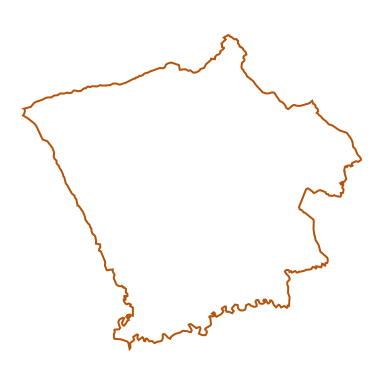 Purbalingga, Jawa Tengah, Indonesia (Albers equal-area conic projection)
{"feature_id": "22746128B86887436396051", "entity_name": "Purbalingga", "entity_type": "district", "adm_level": 2, "iso_a3": "IDN", "parent_name": "Indonesia", "parent_adm1": "Jawa Tengah", "projection": "albers", "projection_center": [109.403, -7.327], "detail": "fine", "context": "isolated", "style": "outline", "palette": "amber", "viewbox_px": 384, "rotation_deg": 0, "n_neighbors": 0, "source": "geoboundaries", "source_scale": "gbopen_adm2", "svg_char_len": 5924}
<svg xmlns="http://www.w3.org/2000/svg" viewBox="0 0 384 384"><path d="M318.0,113.7L316.7,113.0L318.1,111.2L317.7,108.9L315.7,107.4L315.5,105.7L314.2,104.1L313.4,104.0L312.1,100.8L310.1,102.7L308.6,103.5L300.2,105.9L297.4,105.9L294.3,105.0L293.1,105.2L288.1,109.2L285.9,107.5L285.6,106.1L284.1,103.9L282.2,102.1L279.9,101.1L274.2,92.7L272.2,92.3L268.7,93.4L266.4,93.5L262.8,92.4L256.2,85.4L253.2,81.1L247.0,76.3L246.1,74.0L243.9,71.5L243.3,69.9L241.9,68.7L241.4,67.0L242.0,62.9L244.1,61.0L244.5,59.9L244.3,58.8L243.3,57.9L243.3,57.2L243.9,56.1L246.4,54.6L245.8,52.3L243.1,49.5L243.0,48.6L241.2,47.1L240.8,47.3L239.6,46.5L239.6,45.3L238.0,43.5L238.1,40.6L237.3,40.3L236.4,39.1L234.3,39.3L231.3,36.8L230.3,36.8L229.0,35.3L228.2,35.1L223.8,37.6L225.7,39.4L221.4,43.7L222.0,44.6L222.0,47.0L222.7,47.6L223.8,47.5L224.0,48.2L223.1,49.3L220.2,51.3L220.5,52.5L219.8,53.6L218.6,54.6L217.2,54.7L215.2,56.7L214.9,59.2L211.1,58.7L211.1,59.8L205.9,64.4L204.2,67.8L200.4,69.1L199.8,70.3L196.5,72.3L193.3,72.7L190.4,70.3L188.3,70.8L185.3,69.2L179.8,69.8L178.9,65.1L171.8,62.7L170.6,62.7L168.0,63.4L166.1,64.5L164.8,67.2L163.1,68.3L159.8,68.0L150.0,71.5L147.7,72.8L146.2,72.8L144.1,73.8L143.1,75.0L140.7,75.9L139.5,75.7L137.8,77.3L135.8,77.6L135.2,78.5L133.7,78.7L126.1,82.6L120.3,84.5L118.9,84.5L116.8,83.6L113.3,83.5L110.1,85.1L106.1,85.5L101.5,85.5L100.6,85.1L97.0,86.5L92.8,86.2L89.6,87.1L88.2,86.5L87.1,86.9L86.0,88.3L85.0,88.1L83.1,89.0L80.8,91.0L77.3,91.2L75.6,90.5L73.8,90.5L71.5,92.7L69.0,93.2L67.1,92.6L63.8,93.6L60.8,93.4L59.0,94.1L57.7,95.2L53.8,95.6L51.7,97.3L47.2,97.5L45.5,98.1L41.9,99.9L36.2,101.8L34.1,102.9L30.8,106.9L23.9,108.7L24.6,109.1L24.9,111.4L24.2,113.6L23.0,115.5L27.8,118.3L34.2,123.4L36.2,125.8L42.6,139.5L47.3,141.2L52.3,147.8L54.1,152.3L53.7,156.2L54.4,158.6L56.5,160.7L56.6,163.4L58.9,166.0L59.8,168.4L61.1,170.1L63.1,174.6L63.3,176.2L64.2,177.1L65.9,183.7L66.8,184.5L71.9,193.6L74.6,195.8L74.8,197.3L76.4,199.6L77.5,205.4L77.9,205.2L79.1,206.4L83.0,211.9L85.0,216.8L85.3,219.6L88.4,223.9L89.5,224.6L90.4,227.5L91.3,228.3L91.6,231.4L92.7,234.1L94.5,235.2L95.6,237.5L95.5,238.8L96.1,239.9L95.9,243.6L100.1,244.4L100.3,247.2L99.2,249.0L99.0,250.5L100.8,251.4L104.8,260.8L105.2,263.1L104.9,265.5L106.5,269.7L107.0,270.3L112.7,269.4L112.7,271.5L114.6,274.7L113.8,277.2L113.9,278.6L116.5,284.6L118.8,286.1L121.6,286.3L121.9,285.9L123.3,287.6L123.9,287.2L126.0,289.0L125.8,292.4L127.4,293.8L127.5,296.0L126.7,296.4L126.6,295.9L124.4,296.0L124.5,297.8L125.5,297.8L125.5,299.7L123.8,299.7L123.9,301.2L125.5,303.6L126.8,304.3L128.7,303.5L129.7,303.9L130.8,304.6L130.1,306.0L132.9,307.6L132.9,315.7L131.2,315.4L130.3,316.1L130.2,314.7L128.2,314.7L127.3,315.2L126.8,316.2L129.4,317.4L128.5,318.1L127.2,317.7L128.8,320.0L127.6,320.5L125.5,324.0L123.9,325.7L122.6,325.0L122.0,322.9L124.1,318.2L122.3,317.8L119.5,319.6L118.5,321.5L118.4,322.9L120.1,328.0L119.2,329.3L114.8,329.6L114.3,330.2L114.8,332.2L114.0,333.6L113.8,336.1L114.5,338.8L121.2,339.4L127.3,341.5L128.4,343.1L129.6,348.9L130.4,347.9L130.2,343.0L134.2,340.0L133.2,337.0L136.9,334.4L138.0,335.0L137.3,337.7L138.5,340.1L142.5,337.2L143.1,337.7L144.2,341.1L145.3,341.2L145.7,338.9L146.5,338.5L148.0,339.6L149.2,341.3L152.2,341.1L154.5,343.1L157.5,341.7L160.2,341.3L161.9,340.5L162.9,338.0L162.7,334.6L163.5,334.0L165.4,334.7L167.6,337.3L170.1,338.8L171.4,336.5L175.2,333.9L180.8,332.3L182.6,330.8L186.6,331.0L189.6,332.1L191.1,331.9L191.7,330.6L191.5,329.7L188.7,324.7L189.7,324.1L191.1,324.2L196.3,328.1L199.1,327.1L200.2,327.4L200.5,328.5L198.9,333.6L202.2,335.1L205.4,335.2L206.5,333.7L206.9,331.6L205.1,329.2L205.3,328.5L210.1,325.7L211.0,324.5L210.4,318.4L209.3,317.0L209.5,316.4L210.3,316.1L212.8,316.5L213.8,316.1L213.9,315.2L211.9,313.6L213.5,312.3L214.5,312.7L215.6,316.0L216.4,316.8L220.8,314.4L222.7,312.5L223.5,310.7L221.8,309.2L221.9,308.4L224.7,306.5L225.6,306.4L226.0,307.1L225.9,310.0L226.6,311.8L228.7,311.7L232.2,313.2L233.7,311.1L232.0,309.0L232.1,307.9L235.0,304.6L237.6,305.0L238.3,308.7L239.3,309.7L241.1,310.5L243.1,310.4L244.7,309.9L245.5,308.7L246.1,305.3L248.5,304.1L249.2,304.1L250.9,305.6L253.5,306.7L254.9,306.8L256.6,306.2L256.8,305.2L255.5,301.7L256.2,300.3L257.3,300.0L258.4,300.2L259.5,303.3L261.9,303.9L263.4,303.5L265.0,302.1L263.4,300.7L263.9,299.7L265.2,299.5L266.2,300.2L267.6,303.1L268.4,303.6L270.0,302.2L270.1,300.5L271.2,300.4L272.4,301.5L273.7,304.8L276.1,307.3L278.6,304.7L279.8,305.4L281.1,307.4L284.4,306.0L286.8,307.9L287.5,307.2L287.6,305.6L289.0,305.9L289.6,297.1L288.0,292.9L288.2,287.8L288.1,286.2L287.4,285.3L287.2,283.2L287.4,282.0L289.5,279.7L289.7,278.7L288.7,276.3L286.4,274.0L284.9,271.6L285.6,270.5L286.6,270.0L288.4,270.0L289.3,270.9L289.5,272.1L291.1,271.3L292.0,272.6L295.0,271.0L296.8,272.5L297.9,272.6L299.0,271.6L300.1,271.8L304.8,270.6L306.3,269.7L309.1,269.7L311.4,269.0L312.6,267.0L314.5,267.2L315.8,268.5L316.5,267.8L316.4,266.2L321.3,267.3L322.1,263.7L323.0,263.8L324.2,265.4L325.1,265.6L325.6,263.0L327.2,262.9L327.7,261.5L327.7,258.8L326.9,257.3L320.4,251.7L318.6,244.9L315.5,239.9L314.8,235.7L314.3,234.9L313.5,228.5L313.8,221.2L313.4,219.6L304.8,212.6L303.8,212.5L301.6,210.0L299.8,209.4L299.0,207.2L306.0,189.5L307.3,188.5L308.3,188.5L312.4,191.5L313.6,193.0L315.7,192.4L318.2,190.6L320.4,190.2L325.3,192.1L326.3,193.9L328.0,194.2L328.8,195.5L332.5,195.9L334.3,195.2L336.4,196.2L340.4,196.7L341.3,195.0L340.8,193.0L343.0,192.8L343.6,189.5L342.2,187.6L343.3,184.9L343.3,183.4L342.5,183.0L341.7,184.6L340.9,184.3L340.2,183.2L342.3,181.9L344.5,181.6L346.3,178.9L344.6,173.1L344.8,171.8L344.1,171.0L344.9,166.9L345.4,166.4L346.9,167.0L347.2,165.7L350.0,165.4L350.7,166.4L351.6,166.3L352.5,165.6L351.7,164.0L352.2,163.0L356.2,161.2L358.3,161.9L361.0,159.8L360.5,157.8L357.4,154.4L355.3,149.1L353.1,146.8L352.5,142.1L351.3,139.1L346.9,132.9L339.4,130.3L332.4,125.5L328.5,124.2L327.0,122.2L322.3,118.3L320.8,116.3L319.0,115.2L318.0,113.7Z" fill="none" stroke="#b45309" stroke-width="2"/></svg>